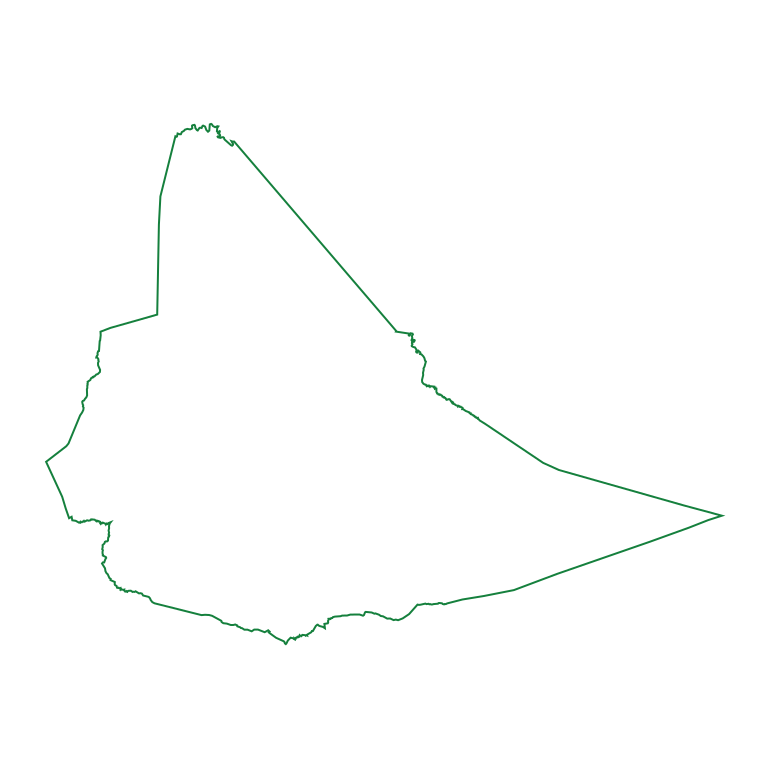 Monze, Southern, Zambia (orthographic projection)
{"feature_id": "96606910B87508974482320", "entity_name": "Monze", "entity_type": "district", "adm_level": 2, "iso_a3": "ZMB", "parent_name": "Zambia", "parent_adm1": "Southern", "projection": "orthographic", "projection_center": [27.347, -16.129], "detail": "fine", "context": "isolated", "style": "outline", "palette": "green", "viewbox_px": 768, "rotation_deg": 0, "n_neighbors": 0, "source": "geoboundaries", "source_scale": "gbopen_adm2", "svg_char_len": 6038}
<svg xmlns="http://www.w3.org/2000/svg" viewBox="0 0 768 768"><path d="M683.7,505.4L558.9,470.0L543.2,462.9L485.2,423.9L479.6,420.4L478.9,419.4L477.9,418.9L477.9,417.8L476.5,417.9L475.8,417.0L475.4,417.2L474.3,416.3L474.3,415.8L473.2,415.5L472.8,414.9L470.9,414.2L470.8,413.4L470.0,413.4L469.4,412.9L469.4,412.4L465.8,411.0L463.0,409.1L462.3,409.1L462.7,408.1L461.9,407.4L461.0,407.2L460.7,406.7L459.7,406.8L459.7,406.4L458.6,405.8L458.0,406.3L457.9,405.7L456.8,405.6L455.3,404.9L454.9,404.3L453.3,403.8L453.2,402.5L452.2,401.8L451.9,402.5L449.7,399.3L449.0,399.1L446.9,399.8L446.6,399.3L446.2,399.4L445.4,398.0L445.0,398.0L444.2,397.1L443.5,397.4L443.2,396.9L442.4,396.6L442.2,395.7L441.4,395.5L440.7,394.7L439.7,394.8L439.5,394.3L438.4,394.5L437.5,393.3L437.1,393.4L436.4,391.9L436.4,388.5L435.6,388.2L435.1,388.5L435.2,387.7L434.4,387.9L433.9,387.6L433.5,386.9L434.0,386.9L434.1,386.6L430.6,386.2L430.0,386.9L429.4,386.0L428.6,386.3L428.1,386.2L428.2,385.7L427.6,385.9L427.0,385.5L426.6,386.0L425.7,384.6L424.7,384.5L423.4,383.7L422.2,382.1L422.0,380.0L423.2,375.0L423.0,372.9L423.7,369.8L423.5,368.5L424.5,366.6L425.9,361.5L425.1,360.8L424.4,358.1L423.4,356.4L421.4,354.3L420.1,354.1L420.3,352.4L418.3,350.7L417.8,351.3L417.6,352.6L416.6,352.5L416.1,351.8L416.6,349.9L415.0,347.4L413.3,347.0L411.8,346.2L411.7,345.6L412.5,344.1L411.9,343.2L412.1,341.8L413.8,341.9L414.7,340.6L414.5,340.0L413.5,339.8L412.2,340.6L411.8,340.7L411.5,340.2L412.3,338.0L411.9,336.0L412.9,334.4L412.5,333.6L410.6,333.3L409.7,335.5L409.2,335.7L408.7,335.2L409.2,333.6L396.0,331.6L396.3,331.1L234.1,141.5L232.3,141.5L231.5,141.2L233.1,144.1L232.9,145.0L232.1,145.7L231.0,145.2L224.8,139.7L224.3,139.1L224.0,137.8L223.2,137.2L221.9,137.3L220.4,137.9L218.0,137.3L217.6,136.7L218.0,136.3L219.6,136.3L220.1,135.7L219.8,134.4L218.3,133.5L219.6,132.2L219.8,131.3L219.4,131.1L218.6,132.1L217.8,132.3L216.9,131.3L217.2,128.0L218.3,126.4L217.4,126.2L215.1,127.2L212.9,126.0L211.9,124.4L211.1,123.9L209.8,124.4L209.3,130.6L208.0,131.7L206.3,129.9L205.1,126.6L203.1,125.6L202.4,126.1L201.6,128.0L200.2,127.7L199.5,127.9L197.7,130.5L196.9,130.1L195.4,128.1L195.0,125.7L194.5,124.9L194.1,124.9L192.4,125.3L192.0,125.8L192.3,128.2L191.6,128.8L190.1,129.4L187.3,128.9L184.9,129.7L183.9,130.9L181.8,132.1L180.9,134.2L179.9,134.3L177.6,133.5L177.0,136.5L176.4,136.8L175.4,136.3L160.4,196.4L158.9,224.6L157.2,314.6L110.4,327.9L100.5,331.7L100.7,335.2L100.1,340.6L99.7,341.0L99.0,351.0L98.1,351.3L97.5,353.2L97.7,354.8L96.6,356.4L96.3,357.5L97.3,357.5L98.4,359.2L98.3,360.2L98.7,361.3L98.0,362.9L98.1,365.3L100.1,369.9L99.9,372.0L97.7,374.1L96.3,374.5L94.5,376.4L93.6,376.5L93.3,377.2L92.6,377.1L92.4,377.6L91.0,378.3L90.3,380.0L87.6,381.8L87.8,383.0L87.4,383.9L87.7,384.8L87.3,385.4L87.3,388.1L86.9,389.1L87.1,395.4L86.3,397.4L85.1,398.7L84.0,400.5L82.7,401.0L82.2,401.9L82.7,404.4L83.2,405.2L82.9,406.5L83.6,407.6L83.3,410.0L82.1,412.5L80.1,415.4L68.5,443.5L66.3,446.2L46.1,461.8L62.2,496.8L65.7,508.4L69.1,518.2L71.6,516.8L72.3,520.3L75.7,520.8L79.1,522.7L79.7,522.3L80.2,522.6L80.5,521.9L80.9,522.3L82.0,522.2L82.4,521.6L83.2,521.7L84.0,520.8L84.7,521.6L87.1,520.3L88.5,520.7L90.2,520.4L91.1,519.4L91.8,519.7L92.1,519.4L94.7,519.7L96.2,521.1L96.5,520.6L96.8,520.7L96.9,521.3L97.3,521.3L97.6,520.8L98.9,521.2L99.0,521.6L100.2,521.8L100.5,522.6L100.2,523.3L100.7,523.9L101.3,522.9L102.0,523.3L102.8,522.6L105.7,523.9L105.9,524.4L106.5,523.5L106.9,523.6L106.6,524.1L107.4,524.1L108.4,523.1L110.7,522.2L109.7,523.5L109.0,526.1L109.1,528.3L108.6,530.6L109.1,532.7L108.6,534.2L109.3,535.3L108.7,536.0L109.0,536.6L108.2,537.5L108.0,540.6L107.1,541.4L105.7,541.4L104.9,541.9L104.4,543.5L102.6,545.1L102.7,547.2L102.2,549.2L102.9,550.2L102.5,551.9L102.6,554.0L103.0,554.6L102.8,555.5L105.9,557.1L106.2,557.9L105.3,559.3L104.2,562.4L102.9,562.4L102.0,563.5L105.0,568.3L105.5,571.3L106.6,573.3L107.7,574.2L109.4,578.0L110.7,578.9L110.5,580.1L114.8,582.0L114.7,584.3L115.1,585.1L116.6,586.0L117.0,587.7L118.2,588.0L118.7,587.7L120.3,588.8L120.0,588.3L120.6,588.0L120.8,589.0L121.0,588.7L121.3,589.0L120.9,589.7L123.3,589.7L123.9,590.2L124.3,589.9L124.3,590.6L125.2,591.6L126.2,591.1L126.5,591.6L127.3,591.9L127.7,591.1L128.5,590.8L130.8,590.7L132.5,591.9L132.8,591.7L134.6,591.9L135.6,591.3L139.0,593.4L140.5,593.2L141.9,593.6L143.1,595.5L148.7,596.9L150.0,598.3L150.7,600.0L152.3,602.1L154.5,603.3L201.5,615.1L205.0,614.8L209.1,615.0L212.1,615.8L221.3,620.8L221.6,622.0L223.3,623.2L226.8,623.6L230.8,625.0L233.3,625.0L235.2,624.5L237.2,625.4L237.3,626.3L240.2,627.3L240.9,628.0L242.1,628.2L244.4,629.7L247.6,629.7L251.7,631.3L254.2,629.6L258.0,629.6L264.7,632.2L268.2,630.3L269.6,631.6L268.8,632.4L269.6,633.1L276.1,637.8L283.6,641.2L284.3,641.7L284.9,643.4L285.8,644.1L286.4,643.5L287.8,640.6L290.6,637.7L293.2,638.3L294.2,639.0L294.2,639.9L294.4,639.4L294.8,639.5L294.7,638.8L295.0,639.1L295.1,638.5L295.7,638.6L295.8,637.8L296.5,637.7L297.3,636.9L298.0,637.1L297.7,636.8L297.9,636.6L298.5,636.6L298.5,637.1L299.6,636.6L299.7,636.3L299.2,636.2L299.6,635.3L300.0,635.8L301.1,635.6L301.5,636.0L302.4,634.9L305.3,635.2L305.7,635.7L306.4,635.2L307.1,635.5L306.9,634.8L311.3,632.2L311.9,631.0L312.9,631.0L315.8,626.0L317.3,624.7L317.8,624.7L319.2,625.9L322.9,626.9L324.9,628.2L324.4,623.9L327.8,623.3L328.2,622.4L328.0,621.0L328.7,619.6L328.5,618.8L329.4,618.7L330.5,619.0L331.1,618.1L332.3,618.0L333.0,617.1L335.0,616.6L340.6,616.2L342.1,615.6L347.2,615.5L350.3,614.6L359.5,614.5L363.0,615.7L364.0,615.0L365.0,612.4L365.7,611.9L371.7,612.5L374.4,613.7L375.4,613.4L379.0,614.7L380.8,616.0L383.0,616.3L387.2,618.6L390.2,618.5L393.6,620.1L395.8,619.6L398.1,620.2L402.7,618.4L409.1,614.1L417.5,604.6L418.9,604.9L420.6,604.7L425.4,603.6L426.4,604.1L428.6,603.8L429.3,604.3L430.2,604.1L431.2,604.5L432.7,604.4L433.4,604.1L438.0,603.7L438.5,603.1L439.4,603.0L442.0,603.3L442.7,604.0L444.1,604.4L444.7,604.0L445.8,604.1L447.2,603.4L462.4,599.5L483.9,596.0L513.9,590.1L557.1,573.9L650.0,541.7L689.1,527.6L708.2,520.1L721.9,515.7L683.7,505.4Z" fill="none" stroke="#15803d" stroke-width="2"/></svg>